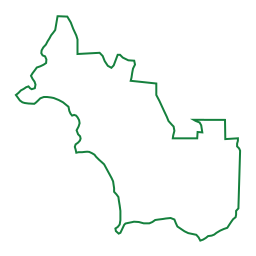 the district of Port Dickson, Negeri Sembilan, Malaysia
{"feature_id": "92858781B57188126303379", "entity_name": "Port Dickson", "entity_type": "district", "adm_level": 2, "iso_a3": "MYS", "parent_name": "Malaysia", "parent_adm1": "Negeri Sembilan", "projection": "orthographic", "projection_center": [101.849, 2.559], "detail": "fine", "context": "isolated", "style": "outline", "palette": "green", "viewbox_px": 256, "rotation_deg": 0, "n_neighbors": 0, "source": "geoboundaries", "source_scale": "gbopen_adm2", "svg_char_len": 2231}
<svg xmlns="http://www.w3.org/2000/svg" viewBox="0 0 256 256"><path d="M225.0,119.9L193.7,119.8L195.6,120.9L199.6,122.5L201.2,125.3L202.3,132.4L197.6,132.0L197.2,138.3L172.8,138.3L173.2,135.5L174.4,130.8L173.6,126.5L172.0,124.9L168.5,121.0L166.9,117.0L164.1,111.1L159.4,100.9L156.3,95.0L156.3,90.2L156.3,83.5L130.7,80.8L131.5,77.6L132.2,72.9L133.0,68.6L135.0,64.6L134.2,60.7L128.3,60.3L122.8,57.6L120.0,54.8L117.7,54.8L113.7,65.4L111.4,67.8L107.8,65.8L104.7,61.1L102.7,56.0L99.6,52.8L77.5,54.0L77.5,45.8L77.5,39.5L76.3,35.5L73.2,28.8L70.8,22.5L67.3,16.6L57.8,16.2L57.7,15.4L55.2,30.0L53.2,32.7L51.1,35.3L49.4,38.5L47.6,41.3L45.9,44.6L43.3,47.4L41.6,50.4L41.3,53.2L42.6,55.4L45.1,56.4L46.4,59.5L46.1,63.0L43.6,64.7L40.3,66.3L36.8,67.5L35.0,70.0L32.5,73.3L31.0,75.8L32.7,79.1L34.5,81.6L35.5,84.6L34.8,88.2L31.7,89.2L30.0,88.2L28.5,86.4L26.2,87.2L23.7,88.9L20.9,90.4L18.4,93.0L15.9,95.0L17.4,97.0L19.9,100.5L20.9,101.2L22.4,102.3L24.7,103.0L28.5,103.5L34.3,103.8L36.0,102.5L37.8,100.8L40.3,98.3L43.8,97.0L47.1,97.0L51.1,97.5L53.7,98.0L58.7,100.0L63.0,102.3L68.5,106.8L69.3,110.9L70.5,113.6L72.1,115.6L72.8,115.4L74.1,114.9L76.1,115.6L77.6,117.4L79.1,120.2L79.6,123.2L78.6,126.5L76.6,130.3L78.1,134.3L80.1,136.3L80.6,138.6L79.9,140.6L78.1,142.6L75.6,144.4L74.8,146.9L75.6,149.4L76.3,152.7L78.6,152.2L82.1,152.2L84.7,151.9L87.2,151.7L89.2,151.9L92.0,153.2L94.5,154.7L96.0,156.7L99.0,159.7L104.1,164.3L111.6,178.1L113.1,181.4L113.6,184.9L114.1,188.2L114.1,191.8L116.4,194.3L118.4,197.0L118.9,200.8L119.7,205.6L120.4,210.9L120.4,215.7L120.4,220.2L119.7,224.5L117.7,227.0L115.4,228.5L115.9,231.1L118.7,233.6L120.4,232.8L121.7,230.1L124.2,224.8L125.5,223.5L128.8,222.8L131.8,222.2L134.0,221.7L138.8,222.0L143.6,223.3L149.4,223.3L152.4,222.0L155.2,220.0L158.7,219.5L162.8,219.0L165.8,218.5L170.6,218.0L174.4,219.5L175.9,223.3L177.4,226.5L184.5,231.3L188.2,233.1L196.3,234.8L198.6,237.4L200.3,240.6L203.1,239.6L205.9,237.9L208.1,236.1L211.7,235.6L214.2,234.6L216.5,232.8L220.2,230.6L223.8,229.0L227.3,227.8L229.1,225.0L231.3,221.7L233.1,219.2L235.6,217.2L236.1,214.7L236.1,210.9L238.4,208.4L240.1,150.7L239.1,148.4L237.1,146.4L237.1,143.6L237.9,140.8L237.9,138.3L225.3,139.1L225.0,119.9Z" fill="none" stroke="#15803d" stroke-width="2"/></svg>